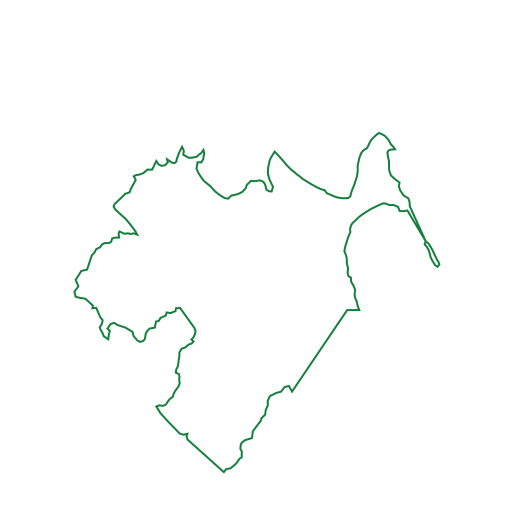 outline of Barra do Ribeiro, Rio Grande do Sul, Brazil, rotated 318°
{"feature_id": "56859067B30618115493116", "entity_name": "Barra do Ribeiro", "entity_type": "district", "adm_level": 2, "iso_a3": "BRA", "parent_name": "Brazil", "parent_adm1": "Rio Grande do Sul", "projection": "natural_earth1", "projection_center": [-51.322, -30.367], "detail": "fine", "context": "isolated", "style": "outline", "palette": "green", "viewbox_px": 512, "rotation_deg": 318, "n_neighbors": 0, "source": "geoboundaries", "source_scale": "gbopen_adm2", "svg_char_len": 4286}
<svg xmlns="http://www.w3.org/2000/svg" viewBox="0 0 512 512"><g transform="rotate(318 256 256)"><path d="M392.0,358.6L403.5,322.1L406.4,318.4L407.8,315.1L406.2,309.9L407.1,303.5L408.8,299.7L411.8,297.5L411.2,294.4L410.6,291.0L410.2,286.4L412.4,281.2L415.2,278.0L418.2,274.6L420.1,271.2L423.0,266.9L425.2,266.3L427.5,267.2L430.7,269.8L431.1,266.9L431.0,263.0L432.0,259.6L432.2,256.8L432.1,252.9L430.9,249.3L429.6,246.8L427.3,246.6L424.9,246.5L420.1,246.8L417.0,247.5L413.0,249.3L410.6,250.1L406.6,249.4L403.5,249.8L401.1,250.9L398.2,252.4L394.2,255.3L391.7,257.1L390.0,259.3L387.0,262.2L384.1,264.5L379.8,267.0L376.0,269.2L373.3,270.4L370.3,272.0L368.1,273.3L365.9,274.8L363.4,274.7L359.8,271.8L357.4,269.2L354.8,265.7L352.7,261.1L350.7,256.8L351.0,253.0L349.3,250.4L347.7,246.9L346.8,244.4L345.1,239.6L342.2,229.7L341.8,226.1L341.1,223.3L340.7,219.7L339.9,215.5L339.6,208.9L339.9,202.5L339.9,195.7L339.6,190.9L332.4,193.1L330.0,194.2L324.6,198.1L322.1,200.4L319.6,203.3L317.3,207.9L315.7,213.1L315.0,215.9L310.8,218.5L309.0,216.6L308.1,213.7L309.5,211.2L310.7,208.7L311.1,205.9L309.8,202.7L304.6,199.1L302.4,196.7L300.0,196.9L296.7,197.0L294.0,198.7L288.5,199.2L284.1,197.9L280.7,196.1L278.1,194.6L273.7,194.8L271.6,192.2L270.1,187.5L269.4,184.3L268.9,180.9L268.8,177.8L268.8,173.7L268.2,169.8L267.6,166.1L267.8,162.0L268.5,156.9L269.3,154.1L270.3,151.2L275.3,147.2L277.9,149.8L281.6,148.8L283.8,146.8L286.2,145.2L287.9,142.0L284.0,142.9L281.3,142.5L278.4,142.6L274.5,140.3L271.8,138.1L269.7,132.1L272.8,129.5L274.1,125.4L269.6,127.1L267.0,128.3L264.9,129.5L262.5,130.6L260.0,132.5L257.7,132.5L255.9,130.2L254.6,124.6L253.0,127.4L249.2,127.7L246.3,126.0L244.8,122.8L245.5,118.7L242.2,120.0L240.0,121.0L236.5,122.3L233.1,119.1L230.7,119.1L227.6,119.0L223.5,117.3L221.1,115.6L218.5,115.0L217.5,119.0L207.5,122.5L205.0,124.0L202.7,123.4L200.5,122.2L197.1,122.5L185.6,122.8L183.2,124.0L182.6,127.7L183.1,133.2L183.5,136.8L184.0,141.4L183.7,148.0L183.3,152.8L182.9,157.2L182.0,160.6L180.2,157.2L177.7,155.9L175.9,153.3L173.2,151.6L170.9,146.4L168.6,147.7L166.6,150.7L163.7,148.2L160.9,146.7L157.9,148.5L155.4,148.0L151.9,145.0L149.0,144.4L146.1,145.2L141.8,144.0L138.3,145.3L134.4,145.7L121.3,153.1L116.2,150.2L106.0,153.1L103.7,159.7L97.2,161.0L94.7,165.6L96.9,169.0L99.0,171.5L100.6,173.7L101.2,179.4L101.6,183.8L99.5,185.4L102.5,187.6L101.5,190.9L99.3,197.2L99.1,201.1L96.1,203.3L92.1,204.5L91.0,207.3L90.4,210.6L89.2,213.8L90.5,219.0L94.5,215.6L97.3,213.8L97.0,210.6L102.4,209.2L105.9,210.8L106.8,214.3L108.3,217.2L110.9,221.5L111.9,224.5L113.5,229.8L111.5,233.2L111.3,239.6L112.4,242.3L115.3,243.6L117.9,243.3L122.3,239.8L125.3,238.9L128.2,238.7L132.9,241.5L137.8,237.8L140.3,239.2L143.5,238.1L149.2,239.9L151.8,238.2L154.3,241.2L159.2,243.1L161.7,241.3L164.8,243.9L162.1,268.1L160.9,271.3L157.7,273.6L154.6,274.7L152.2,274.8L152.4,277.7L149.6,278.0L146.9,276.8L141.8,276.5L138.6,275.1L134.4,276.5L131.8,279.4L129.2,281.3L126.3,284.0L124.0,285.7L120.8,287.0L118.3,289.0L119.7,292.2L118.2,294.8L116.3,296.2L114.4,299.3L111.7,300.9L108.9,301.5L105.2,302.3L102.0,303.6L99.8,305.0L96.1,304.6L92.5,305.3L89.6,306.1L86.4,305.0L84.4,302.4L81.2,301.2L79.8,309.1L79.8,317.2L80.5,337.0L82.7,340.4L86.0,342.2L83.7,343.6L82.3,346.6L87.5,395.1L91.1,394.4L94.9,396.7L102.2,397.0L107.9,395.7L110.7,396.0L114.6,391.8L115.4,388.7L119.0,385.6L121.8,385.2L124.8,385.6L131.2,388.6L136.4,384.1L149.5,381.6L151.5,380.2L156.7,380.0L160.1,377.0L164.7,375.0L167.8,371.5L172.5,369.4L179.6,371.4L183.8,373.6L189.7,372.5L193.5,374.7L192.0,380.9L287.5,357.2L296.6,365.2L297.9,361.7L300.5,357.0L302.0,352.6L304.1,350.0L307.0,347.6L308.7,343.0L309.5,338.7L312.1,335.5L311.2,332.8L313.0,329.5L316.3,326.7L318.3,322.6L321.9,318.4L323.6,315.1L325.0,311.4L329.4,308.2L331.6,307.0L334.0,305.5L337.3,303.6L342.1,301.4L343.8,299.0L347.0,296.9L349.9,296.1L353.9,296.1L357.3,295.9L361.2,296.1L365.0,296.6L370.9,297.6L373.8,298.2L381.2,300.4L385.5,301.8L387.7,304.1L389.2,307.5L392.3,310.0L394.4,314.5L392.9,318.7L395.7,321.5L399.0,323.5L392.0,358.6ZM392.0,358.6L389.2,360.1L389.0,363.6L388.4,366.7L386.8,370.4L385.0,373.6L383.9,377.8L383.0,382.3L383.6,385.5L386.5,385.1L387.6,382.6L388.1,379.6L389.2,375.9L390.1,372.8L391.2,369.3L391.9,365.8L392.5,362.5L392.0,358.6Z" fill="none" stroke="#15803d" stroke-width="2"/></g></svg>